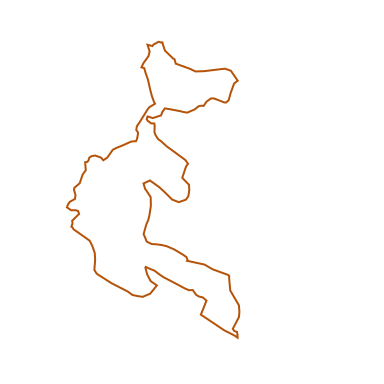 Mahalet Demna, Ad Daqahliyah, Egypt, rotated 35°
{"feature_id": "37247803B51586038654960", "entity_name": "Mahalet Demna", "entity_type": "district", "adm_level": 2, "iso_a3": "EGY", "parent_name": "Egypt", "parent_adm1": "Ad Daqahliyah", "projection": "orthographic", "projection_center": [31.519, 31.09], "detail": "fine", "context": "isolated", "style": "outline", "palette": "amber", "viewbox_px": 384, "rotation_deg": 35, "n_neighbors": 0, "source": "geoboundaries", "source_scale": "gbopen_adm2", "svg_char_len": 2668}
<svg xmlns="http://www.w3.org/2000/svg" viewBox="0 0 384 384"><g transform="rotate(35 192 192)"><path d="M165.6,74.6L154.3,70.4L152.4,70.9L148.2,72.1L140.5,79.0L132.7,86.0L125.8,91.2L121.5,92.0L120.6,92.0L105.1,96.2L101.5,93.2L100.0,93.5L88.8,91.7L82.8,87.3L81.9,86.4L81.0,87.3L80.3,87.5L78.5,88.1L77.6,89.9L75.9,93.3L75.9,95.1L71.1,96.9L76.7,101.2L78.4,105.6L78.4,109.1L78.3,114.3L79.1,118.9L81.8,117.9L86.1,121.4L91.2,125.0L98.9,132.0L104.1,136.4L109.2,140.0L111.1,140.9L109.2,145.2L108.3,147.3L108.3,150.5L109.1,165.3L109.1,169.7L110.8,173.2L113.4,174.1L114.2,175.0L115.9,178.5L116.8,181.1L116.9,182.6L113.3,185.5L108.1,194.2L104.7,199.4L102.9,202.9L102.9,212.5L101.1,216.9L97.7,216.0L91.7,217.7L89.1,220.3L88.2,222.9L89.1,225.5L89.0,227.3L87.4,228.9L92.5,235.1L92.4,240.4L95.0,249.2L94.1,252.7L93.2,256.1L94.1,257.9L98.4,261.4L100.1,264.9L99.2,266.7L97.5,270.2L97.5,272.8L98.3,276.3L103.5,276.3L106.9,273.8L109.5,272.9L112.1,274.7L110.3,284.3L112.0,286.0L112.9,288.7L113.1,289.6L114.6,289.6L116.3,290.5L124.0,290.5L136.1,290.6L141.2,293.3L147.3,297.7L151.5,303.0L156.7,311.8L158.2,312.5L160.9,313.6L178.2,312.9L196.2,310.4L202.3,310.5L204.2,309.7L206.6,308.7L211.7,306.2L216.1,299.2L216.8,288.7L209.2,288.7L202.4,285.1L197.2,280.7L197.1,279.9L202.5,278.9L206.1,278.0L207.6,278.0L212.6,278.2L214.7,278.2L218.0,278.1L229.8,276.5L241.4,275.1L245.8,274.2L248.9,271.9L251.7,272.9L254.1,273.8L257.4,273.7L261.2,272.2L266.1,272.6L267.2,276.9L269.6,287.4L297.9,286.8L309.1,285.2L312.9,285.2L311.6,283.4L309.1,280.8L306.5,281.6L303.9,280.7L302.8,272.0L302.2,267.6L300.5,264.6L299.7,263.2L299.1,262.4L295.4,257.9L280.4,251.0L280.1,250.9L279.9,250.8L273.1,242.8L271.9,241.3L270.5,239.3L268.8,239.3L253.2,243.5L243.8,244.3L236.7,247.3L227.4,251.2L227.4,250.3L224.8,248.5L222.9,248.5L220.5,248.5L210.1,249.3L202.4,250.9L198.1,252.6L192.9,255.2L189.8,257.2L188.6,257.8L183.4,258.6L176.5,254.2L173.1,244.5L172.3,240.2L170.6,235.8L166.3,227.0L161.1,219.9L154.3,217.2L151.7,216.3L147.4,212.8L149.2,209.7L150.9,206.7L162.1,206.8L169.8,207.8L176.1,208.9L180.1,209.6L187.0,207.9L191.4,201.8L191.4,198.6L191.4,197.5L188.8,192.2L185.4,187.8L175.9,186.0L172.5,174.6L172.5,171.1L168.2,169.6L145.0,169.1L137.2,168.1L133.8,168.1L129.5,166.3L126.9,164.5L123.5,159.2L121.8,157.5L119.2,159.2L114.9,159.1L113.1,158.3L112.3,155.6L117.5,153.9L122.7,147.0L121.8,143.5L121.8,140.1L121.8,139.1L127.6,136.3L134.8,133.1L135.9,132.6L139.1,131.4L142.6,129.7L146.9,122.7L147.8,119.2L148.6,117.5L150.4,115.7L152.1,114.9L152.1,109.6L153.9,104.4L156.5,102.7L163.4,101.0L166.8,100.2L168.5,99.3L169.4,95.8L166.9,88.8L164.3,79.1L165.2,75.6L165.6,74.6Z" fill="none" stroke="#b45309" stroke-width="2"/></g></svg>